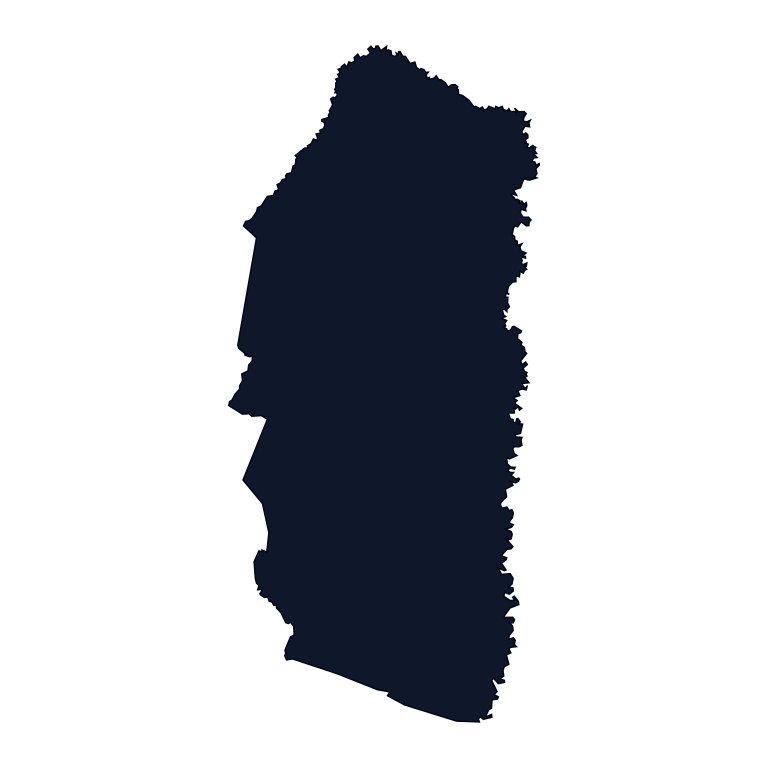 Tala, Entre Ríos, Argentina (Robinson projection)
{"feature_id": "61730980B14565124860161", "entity_name": "Tala", "entity_type": "district", "adm_level": 2, "iso_a3": "ARG", "parent_name": "Argentina", "parent_adm1": "Entre Ríos", "projection": "robinson", "projection_center": [-59.248, -32.313], "detail": "fine", "context": "isolated", "style": "filled", "palette": "ink", "viewbox_px": 768, "rotation_deg": 0, "n_neighbors": 0, "source": "geoboundaries", "source_scale": "gbopen_adm2", "svg_char_len": 6057}
<svg xmlns="http://www.w3.org/2000/svg" viewBox="0 0 768 768"><path d="M536.8,177.8L534.6,176.8L537.0,173.5L535.8,168.8L539.3,165.1L539.2,163.7L536.2,165.1L534.8,162.0L531.9,161.5L533.5,158.0L537.1,157.5L533.3,154.0L536.7,153.5L534.5,150.6L535.8,147.4L532.6,145.5L529.5,147.9L526.9,147.2L528.3,144.2L523.8,142.4L526.3,142.4L525.3,139.8L527.9,137.8L527.8,134.8L525.8,132.9L523.4,134.6L521.6,132.0L524.9,126.2L529.6,126.8L528.9,122.9L530.3,120.2L527.0,121.8L523.3,121.2L523.8,117.5L526.2,113.7L524.2,111.6L518.5,111.8L514.6,108.1L516.8,112.0L516.4,113.1L514.8,111.6L510.3,111.5L508.9,108.7L507.3,110.7L503.4,109.7L502.3,106.4L498.6,107.8L495.8,106.4L495.2,108.9L488.9,106.3L487.0,109.0L484.3,110.0L482.3,107.1L479.7,108.5L475.7,106.4L473.8,106.8L469.2,100.5L462.5,95.5L458.6,94.5L458.1,89.5L457.0,89.0L457.7,86.7L455.1,84.6L451.7,84.8L448.0,87.2L445.5,82.9L441.0,79.7L438.9,79.8L436.2,75.7L434.5,77.9L429.3,79.6L429.4,77.4L427.1,78.2L426.2,74.8L428.2,72.2L425.7,72.4L424.0,69.7L421.0,68.6L419.9,69.9L416.5,67.6L414.9,62.1L409.9,63.4L405.5,56.4L402.8,56.4L400.1,51.6L398.7,51.6L398.3,54.3L396.2,53.0L396.9,55.7L394.1,56.3L391.7,55.3L390.9,50.8L388.1,49.9L385.8,51.8L386.6,46.4L380.9,50.7L378.1,46.1L376.0,46.1L375.3,48.6L373.2,48.8L370.9,46.3L367.9,49.1L370.6,53.1L366.4,56.4L363.5,55.8L360.0,57.8L357.8,54.2L354.1,57.6L354.9,60.8L351.8,62.9L348.8,61.9L346.9,67.5L344.6,64.2L341.4,66.7L341.5,68.2L338.1,69.3L339.9,71.7L339.5,73.5L337.6,74.3L339.6,77.6L335.7,79.2L337.1,81.4L335.7,83.0L335.8,88.1L334.6,89.4L335.8,90.9L334.9,92.7L336.8,92.6L337.3,95.2L335.1,97.9L333.1,97.2L330.6,99.1L332.7,104.8L329.3,110.8L330.3,112.3L328.3,115.2L329.1,117.3L321.8,119.6L321.7,121.1L324.2,122.3L324.8,125.6L323.4,128.7L319.8,130.4L320.5,133.2L316.1,133.9L317.8,138.5L316.3,140.1L313.4,139.0L311.2,143.6L307.4,145.8L307.8,148.1L304.5,148.1L295.3,155.5L297.4,158.0L295.9,159.2L295.3,165.0L293.1,166.0L291.4,172.8L287.0,173.7L285.6,175.7L286.2,178.8L282.3,179.6L280.5,182.9L277.1,184.7L278.5,188.8L277.5,190.4L275.0,191.0L273.4,195.4L267.3,196.5L261.5,205.7L257.5,207.7L256.6,211.7L252.1,218.3L248.9,220.9L245.7,221.3L243.5,225.9L256.5,237.8L237.8,345.1L238.8,348.2L244.6,353.3L245.2,355.2L246.5,354.1L246.5,355.6L249.9,356.8L252.2,355.1L252.3,360.6L248.7,365.1L248.0,370.9L241.8,374.0L242.5,380.8L239.7,385.7L239.6,389.2L235.3,393.9L231.9,400.2L229.6,401.6L228.7,405.5L242.5,414.1L248.9,413.7L251.8,416.2L261.5,415.6L267.4,419.3L243.0,480.0L262.5,503.6L268.9,532.8L266.8,552.0L261.9,550.1L262.0,552.0L258.9,550.9L254.1,561.9L255.4,578.6L256.6,583.3L259.0,585.5L257.7,589.8L260.7,589.3L262.0,590.6L259.9,593.6L260.4,594.7L264.5,597.5L267.7,596.8L269.1,601.1L272.3,602.3L273.7,605.2L276.5,605.4L276.5,608.0L281.1,612.8L285.7,622.6L288.1,623.5L290.7,622.4L293.6,626.0L294.2,634.9L290.4,637.1L285.0,650.2L285.7,653.4L284.8,655.7L286.5,659.9L292.5,658.9L337.5,673.8L377.5,689.7L389.8,691.9L387.5,695.7L404.5,704.9L456.7,721.1L479.4,721.9L478.2,718.8L480.6,716.9L483.3,719.3L491.8,717.3L491.6,714.5L485.4,717.0L488.5,710.0L491.5,708.1L492.0,699.8L497.5,699.0L498.3,696.8L494.0,694.6L497.0,691.6L491.6,680.3L493.7,678.4L498.4,683.6L504.6,682.3L504.3,680.4L499.6,678.6L503.7,676.2L503.0,670.3L504.3,666.6L508.8,664.3L506.4,654.9L510.8,652.8L509.0,649.2L510.0,647.4L516.4,646.6L514.3,644.4L515.2,640.3L513.5,637.8L508.5,639.2L509.2,635.5L513.1,630.6L512.5,626.0L509.6,622.9L513.2,622.8L514.5,619.7L512.7,617.3L504.5,617.4L504.1,616.1L510.0,608.0L518.8,604.5L518.2,601.2L514.2,596.1L512.6,597.2L514.7,600.3L510.4,600.6L503.7,596.3L504.8,592.3L509.3,594.2L513.3,591.0L513.0,588.0L508.6,586.9L512.0,584.0L513.1,578.3L510.2,573.7L501.5,574.4L498.1,567.9L504.1,570.6L506.0,569.9L501.4,563.3L506.2,559.7L506.7,557.8L502.2,556.1L502.0,554.9L506.8,549.4L511.2,548.7L512.8,546.7L506.0,538.5L506.4,537.5L508.7,539.6L511.1,539.0L512.2,534.3L511.2,531.6L505.5,529.1L511.5,527.3L513.3,524.7L509.9,523.4L509.6,521.2L512.4,517.7L513.3,512.8L511.9,509.7L509.2,510.7L506.9,507.0L502.4,508.3L500.5,505.3L500.7,502.5L506.6,496.7L505.3,489.2L513.0,485.3L511.0,481.5L515.5,482.9L518.4,481.3L519.5,479.0L518.6,478.1L516.0,479.1L511.0,475.4L513.5,472.5L510.6,472.5L508.4,471.2L508.1,469.4L510.9,468.2L514.3,469.1L515.1,467.3L510.8,467.1L507.4,464.0L506.7,459.1L507.3,457.8L509.3,458.9L517.0,455.5L514.2,453.7L512.7,448.9L514.3,446.6L518.9,446.8L521.9,445.3L521.0,440.2L521.9,437.4L516.1,437.0L514.6,434.9L520.5,433.4L522.6,424.2L518.4,423.6L520.3,421.8L517.9,418.6L516.8,418.8L515.8,422.7L513.0,422.4L513.1,419.6L510.3,418.8L508.3,413.0L514.3,413.0L514.0,407.4L515.3,409.0L518.4,406.8L519.4,410.1L521.7,408.4L515.1,403.7L515.1,402.2L517.1,400.6L513.0,397.7L519.8,395.5L517.8,390.6L521.9,389.0L526.2,389.9L527.4,385.5L526.5,387.4L524.4,387.7L521.6,383.6L528.9,382.7L525.7,378.6L525.5,377.1L527.0,376.1L526.1,374.2L526.9,372.4L524.9,371.6L522.9,368.3L527.3,364.5L525.6,362.0L521.9,364.8L520.7,360.9L526.6,353.4L524.9,351.6L524.4,347.3L521.0,345.3L521.9,342.3L517.4,338.6L517.9,333.6L520.8,332.7L521.5,330.9L514.0,326.4L512.5,326.7L510.5,330.3L507.1,330.8L506.9,329.2L504.1,327.3L505.7,325.9L504.6,323.4L506.6,320.5L501.3,318.1L505.6,316.6L503.5,314.7L502.3,309.7L504.4,309.1L506.8,311.5L506.7,309.6L509.4,306.7L507.5,302.8L507.9,297.3L505.1,297.0L506.1,293.4L509.2,294.3L507.2,292.6L508.4,286.5L512.6,282.0L515.9,281.7L515.8,276.9L517.5,275.9L519.4,276.8L520.1,271.4L523.3,273.1L524.6,270.3L526.6,269.3L524.2,266.3L526.2,266.4L526.8,263.0L522.9,264.7L521.4,263.2L522.2,260.3L521.1,258.8L522.2,257.2L525.5,258.1L525.4,256.4L522.7,256.3L522.3,254.4L523.8,254.8L526.0,253.0L520.9,250.7L519.9,246.8L521.9,243.8L517.4,245.3L517.2,241.2L514.9,240.2L514.6,236.6L512.2,234.6L513.5,227.9L515.2,225.6L517.7,226.8L521.2,221.7L526.2,225.8L528.8,225.6L529.2,221.9L531.0,219.9L528.5,217.2L523.1,217.2L520.3,213.2L521.0,209.3L525.9,210.8L525.4,208.5L526.8,205.5L526.1,202.6L524.0,204.2L521.9,201.3L520.2,204.0L519.2,202.5L520.0,200.9L517.2,199.3L514.9,199.7L514.5,197.9L511.0,194.8L512.5,194.0L516.6,195.3L513.5,190.0L520.5,187.7L523.7,178.9L529.6,180.1L536.8,177.8Z" fill="#0f172a" stroke="#020617" stroke-width="1.5"/></svg>